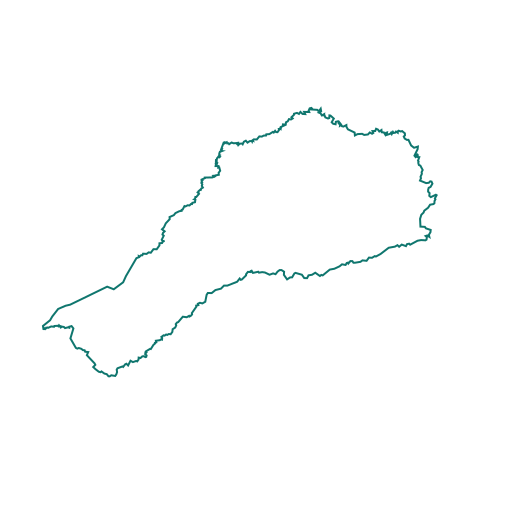 outline of Sanga, Niassa, Mozambique, rotated 38°
{"feature_id": "85939544B99370318353636", "entity_name": "Sanga", "entity_type": "district", "adm_level": 2, "iso_a3": "MOZ", "parent_name": "Mozambique", "parent_adm1": "Niassa", "projection": "robinson", "projection_center": [35.467, -12.288], "detail": "fine", "context": "isolated", "style": "outline", "palette": "teal", "viewbox_px": 512, "rotation_deg": 38, "n_neighbors": 0, "source": "geoboundaries", "source_scale": "gbopen_adm2", "svg_char_len": 6072}
<svg xmlns="http://www.w3.org/2000/svg" viewBox="0 0 512 512"><g transform="rotate(38 256 256)"><path d="M215.4,439.1L218.9,437.2L218.8,435.3L218.0,433.0L216.2,431.3L216.0,429.7L218.8,425.2L219.6,425.2L219.6,421.9L220.2,420.7L222.6,421.0L221.6,415.8L224.3,415.4L226.2,412.5L227.3,412.2L227.2,409.9L226.1,408.3L227.8,407.5L228.2,405.1L229.3,404.0L231.1,403.8L231.6,403.1L231.0,401.7L229.0,401.5L229.0,399.6L228.1,399.8L227.9,399.1L229.7,394.4L230.4,394.1L229.9,389.2L230.3,387.1L229.8,386.6L230.6,385.4L229.3,384.4L232.1,381.5L232.5,380.1L233.4,379.8L232.5,378.3L231.3,378.0L232.0,375.4L233.0,375.0L233.5,373.2L234.6,372.9L235.3,371.2L236.9,370.2L236.8,367.3L235.4,365.0L236.4,362.1L235.8,359.7L234.7,359.1L234.7,357.1L235.4,356.0L235.7,348.9L239.1,346.9L240.1,344.4L240.8,344.7L241.4,343.5L241.6,341.4L240.6,340.5L240.2,332.7L239.4,331.9L240.8,330.2L239.6,329.4L240.6,327.4L242.9,326.4L244.2,323.3L241.0,317.0L240.8,314.8L243.9,312.5L245.0,307.8L248.5,303.3L249.0,299.0L251.7,296.9L257.0,287.9L257.0,283.8L258.6,284.2L259.3,283.3L260.1,277.4L259.4,276.5L259.4,273.5L261.6,272.0L261.1,271.2L261.6,270.3L264.0,271.2L267.5,267.0L268.6,267.3L270.8,264.9L273.2,263.5L278.2,262.4L280.2,259.2L282.6,258.3L282.6,255.0L283.3,252.5L284.7,251.4L287.8,251.1L289.6,253.7L294.9,255.3L296.1,251.8L297.6,250.6L297.0,246.2L297.5,245.0L303.7,242.5L307.6,243.7L309.9,242.0L309.3,238.9L311.7,236.3L313.0,232.7L318.7,232.4L319.1,230.7L320.5,230.2L322.5,221.3L325.6,217.8L328.2,212.7L328.9,209.6L332.1,207.9L331.8,205.7L332.5,204.7L333.4,205.1L333.5,201.9L335.1,200.7L336.9,201.3L338.2,200.3L341.9,196.3L342.6,193.9L346.1,191.7L346.0,187.7L348.5,186.0L349.7,182.9L350.8,182.6L352.9,177.8L355.5,167.8L359.7,163.1L360.8,160.4L363.1,160.6L363.8,157.3L368.1,155.9L367.7,153.7L369.1,152.0L370.5,152.2L373.9,144.5L376.3,141.8L379.9,139.3L380.3,138.1L379.0,135.9L377.4,135.8L378.3,134.4L380.8,134.2L379.2,132.9L378.8,129.8L377.6,127.9L372.9,129.6L371.1,129.1L367.5,131.6L362.4,125.7L360.9,121.7L361.3,118.6L360.7,116.7L361.9,112.0L361.6,108.4L363.9,105.8L364.1,104.6L362.8,102.7L362.5,100.9L361.5,100.5L360.9,96.9L360.0,97.0L357.5,102.0L355.5,101.9L354.1,99.6L352.0,99.3L350.8,97.7L350.1,95.9L351.0,94.2L350.5,90.4L348.5,89.3L347.3,89.9L347.1,91.9L345.2,93.8L338.8,95.6L338.1,93.1L336.9,92.3L336.1,89.1L334.9,88.0L334.4,85.6L329.9,83.6L328.3,84.0L326.5,82.7L326.0,81.5L325.0,81.2L323.8,77.6L322.0,78.7L321.4,76.9L320.6,76.6L319.9,77.3L320.5,79.7L319.1,79.4L317.6,72.4L316.2,70.1L313.9,73.4L310.2,73.4L304.6,70.6L303.4,71.6L300.9,71.9L298.9,70.9L299.1,69.2L297.8,67.7L294.2,67.6L293.5,68.7L291.2,69.5L291.0,70.5L291.8,71.6L289.7,71.8L289.8,73.1L288.7,74.3L287.5,73.9L287.9,76.3L286.5,75.6L286.5,77.1L284.4,80.2L283.2,78.0L282.6,78.9L283.2,80.8L280.7,79.9L278.9,81.1L277.3,79.5L276.5,82.0L274.2,81.3L272.3,81.8L273.0,84.1L270.9,85.8L272.7,86.8L272.2,88.2L269.6,88.6L269.4,91.3L266.7,94.0L264.4,94.4L261.0,97.4L259.7,100.1L257.7,98.0L250.4,99.6L247.7,98.5L246.6,97.2L245.2,100.2L243.8,100.8L242.5,100.2L242.0,101.6L240.9,99.7L239.5,99.4L240.0,100.6L239.5,100.6L238.4,99.1L237.8,99.2L236.3,101.1L237.6,103.2L235.4,104.3L233.3,104.0L232.7,99.8L228.2,99.5L227.3,100.0L228.8,102.2L228.1,103.3L225.3,104.1L223.3,102.9L222.8,103.4L222.3,102.4L221.3,104.7L219.1,103.8L217.3,104.3L218.2,101.8L216.3,100.1L216.4,102.3L215.5,103.3L214.3,103.1L208.9,106.8L208.5,106.3L209.0,105.3L208.5,105.2L207.4,106.6L208.0,109.1L209.3,109.8L205.2,112.8L207.4,113.9L205.2,115.4L202.3,115.1L202.4,117.6L200.2,118.0L198.4,120.5L199.0,121.4L198.5,124.8L200.2,125.0L199.5,126.9L197.7,127.8L198.1,130.3L197.3,132.2L198.5,134.1L196.2,135.7L196.7,136.4L197.7,136.1L196.3,138.8L197.1,140.4L196.3,140.2L196.6,141.3L195.8,141.9L196.6,142.6L196.7,145.2L195.5,146.0L194.0,145.6L194.0,147.8L192.9,147.8L191.5,151.7L189.2,153.8L189.7,154.9L187.9,156.4L187.1,158.3L185.0,159.7L184.9,163.7L182.5,165.4L182.1,166.7L182.8,167.1L182.2,167.3L182.5,168.2L181.9,167.9L180.3,169.4L179.5,171.9L177.0,171.4L176.1,173.4L176.7,176.1L175.8,175.9L174.0,177.6L173.8,179.2L172.3,177.7L171.4,178.7L172.0,179.4L170.8,179.3L168.9,181.0L166.9,181.6L166.0,184.4L164.9,184.1L164.0,185.0L162.9,184.3L161.8,186.8L161.1,185.9L160.7,186.5L162.9,193.4L163.4,192.9L163.9,194.6L164.6,194.2L163.4,196.2L163.9,197.7L164.7,198.9L165.4,198.8L165.2,200.2L166.5,200.0L166.4,200.8L165.4,201.1L165.1,203.1L166.2,204.9L165.5,205.2L166.5,206.6L167.1,206.4L167.3,207.4L168.2,206.7L168.5,207.4L167.7,207.9L168.8,210.0L171.0,208.3L171.8,209.6L172.5,208.8L175.3,210.9L175.3,213.4L176.7,214.9L174.4,217.5L174.7,218.0L173.4,218.8L174.0,219.3L173.3,219.6L173.8,219.9L173.3,220.9L167.4,225.7L167.8,226.1L166.2,229.1L166.9,229.3L166.5,229.8L167.0,230.5L168.2,231.0L168.0,232.1L169.6,232.6L170.1,234.1L172.0,234.8L171.3,236.6L171.8,238.0L171.2,238.3L170.8,240.6L171.4,241.1L171.0,241.8L172.8,242.1L172.6,246.3L171.9,246.8L172.8,248.6L172.5,249.3L173.6,249.0L174.8,251.2L173.1,253.3L173.6,254.5L172.7,255.2L172.5,257.1L170.9,258.1L169.9,260.4L168.9,260.7L169.6,264.5L169.0,265.4L169.6,266.2L168.0,267.9L166.1,271.8L166.1,274.4L163.9,278.5L165.3,280.1L164.8,285.8L165.8,290.1L165.5,292.8L168.8,292.8L168.5,295.0L169.1,296.7L170.8,296.8L171.7,301.2L173.1,301.8L174.6,300.4L173.7,302.2L174.0,303.6L172.1,305.4L173.4,307.1L173.6,311.8L171.0,313.8L171.1,318.2L169.2,319.2L168.5,321.7L165.6,323.7L166.0,325.4L165.0,326.1L164.7,328.0L163.7,328.2L164.5,329.0L163.1,331.3L165.9,351.9L167.5,358.5L164.4,369.8L157.6,371.8L139.5,408.8L136.6,412.4L132.7,419.5L132.7,429.1L133.3,433.4L131.2,442.3L133.5,444.4L134.2,443.9L134.2,442.8L134.9,443.1L135.4,440.9L136.4,440.6L138.0,437.6L140.4,436.1L140.2,435.3L142.7,433.1L143.5,433.1L143.4,431.9L145.0,432.3L144.7,431.8L145.4,431.5L146.3,432.1L146.6,431.1L148.3,430.2L149.9,430.4L151.8,427.9L153.0,427.5L152.4,426.7L153.8,424.8L156.7,425.5L160.5,435.2L170.6,439.3L172.2,439.0L173.0,437.6L175.4,436.7L177.6,436.7L179.0,435.8L180.3,436.6L182.9,435.0L183.8,438.3L194.9,440.0L196.4,440.7L196.1,443.7L199.0,444.0L203.3,444.0L205.0,443.3L205.3,442.1L208.9,442.0L211.1,441.0L213.8,441.6L214.8,440.9L215.4,439.1Z" fill="none" stroke="#0f766e" stroke-width="2"/></g></svg>